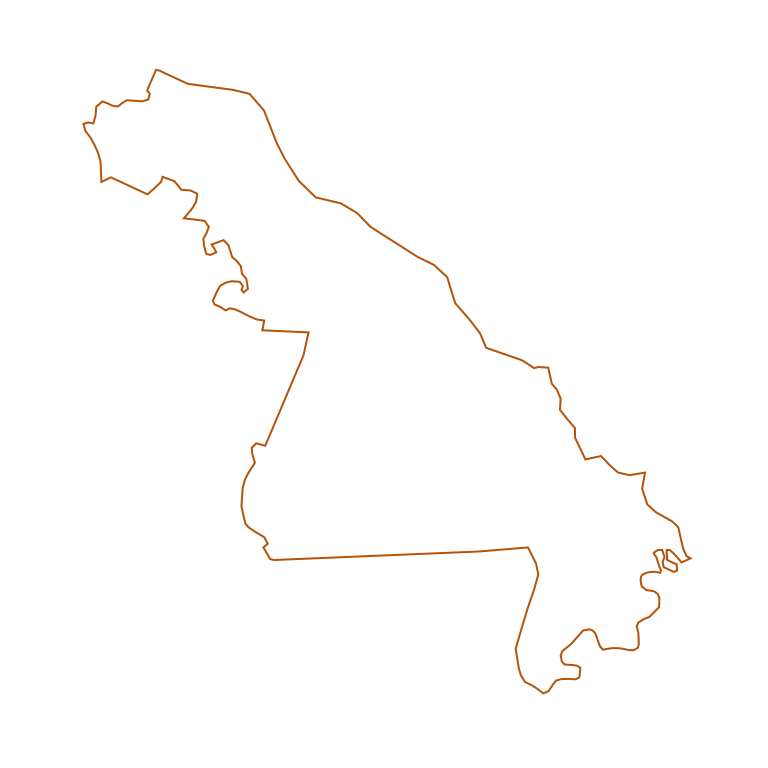 Bandar Baharu, Kedah, Malaysia (Mercator projection), rotated 274°
{"feature_id": "92858781B61544181659283", "entity_name": "Bandar Baharu", "entity_type": "district", "adm_level": 2, "iso_a3": "MYS", "parent_name": "Malaysia", "parent_adm1": "Kedah", "projection": "mercator", "projection_center": [100.601, 5.207], "detail": "fine", "context": "isolated", "style": "outline", "palette": "amber", "viewbox_px": 768, "rotation_deg": 274, "n_neighbors": 0, "source": "geoboundaries", "source_scale": "gbopen_adm2", "svg_char_len": 2999}
<svg xmlns="http://www.w3.org/2000/svg" viewBox="0 0 768 768"><g transform="rotate(274 384 384)"><path d="M681.5,134.7L662.4,127.9L660.1,127.3L657.2,130.2L651.4,129.0L649.1,123.2L649.1,107.6L646.8,104.2L642.2,99.0L642.8,93.2L644.5,89.2L646.2,83.4L640.4,77.6L631.8,77.6L623.7,75.9L624.3,70.7L622.5,66.1L615.6,68.4L609.3,74.1L601.8,78.8L595.4,82.2L586.2,85.7L565.9,88.0L571.1,97.2L556.7,134.8L562.5,140.6L570.0,147.5L575.2,148.6L571.7,160.8L563.6,168.3L563.6,177.5L560.8,184.4L552.7,183.9L545.7,180.4L535.3,172.9L534.8,184.4L534.2,193.7L528.4,198.3L522.6,196.6L516.3,193.7L509.4,194.8L501.3,197.7L500.7,201.8L503.6,207.5L506.5,205.8L511.1,202.3L516.3,213.9L511.7,219.1L500.1,223.7L495.5,229.5L491.5,233.0L483.9,234.7L479.3,239.3L469.5,241.6L465.5,237.6L467.8,235.3L471.8,236.4L475.9,233.0L475.9,228.9L475.9,224.9L474.1,219.1L470.7,213.9L464.9,211.0L455.1,207.5L451.6,209.3L449.3,215.6L446.4,220.8L448.7,224.9L448.1,230.1L445.8,236.4L441.8,245.7L439.5,252.6L438.9,260.1L429.1,258.9L430.2,305.1L407.1,301.7L314.2,269.9L314.7,266.5L315.9,260.7L311.3,256.6L306.1,257.2L296.3,260.7L285.9,254.9L278.9,252.0L270.8,250.3L261.0,250.3L252.4,250.3L242.0,253.2L235.0,255.5L231.6,258.9L227.5,265.9L222.9,275.1L216.6,279.2L212.5,275.1L201.5,282.6L200.7,286.2L223.6,490.9L231.0,539.0L215.5,548.2L204.7,551.2L190.0,548.2L170.4,543.0L149.3,538.2L129.0,533.8L121.6,535.6L110.1,538.2L103.1,540.8L96.4,545.6L93.9,552.3L90.2,558.9L89.7,559.6L86.5,564.5L89.1,569.6L95.7,573.3L100.1,576.3L102.0,581.5L102.7,588.9L102.7,595.5L104.9,599.2L107.9,599.6L114.6,599.6L116.4,596.6L116.8,592.2L116.8,587.7L116.8,583.7L119.7,580.7L125.3,579.2L129.7,580.4L137.8,588.9L152.0,599.8L153.6,606.1L152.7,609.0L150.6,611.8L146.1,613.9L137.5,617.7L134.2,620.8L135.2,624.6L136.4,629.6L136.8,635.2L136.6,640.4L135.7,646.4L135.9,651.6L138.7,655.8L142.7,656.3L147.7,655.8L153.2,655.1L160.0,653.0L163.8,654.4L167.8,659.8L170.2,665.0L180.6,674.0L190.1,673.6L193.6,671.7L196.0,668.1L196.4,664.8L196.7,660.1L200.2,655.1L205.7,653.7L209.5,653.7L211.6,654.9L213.9,658.7L215.1,663.4L215.6,667.9L214.9,672.6L217.5,673.3L221.0,671.4L224.8,669.8L229.6,668.1L234.1,664.8L235.5,666.0L237.6,669.1L237.8,673.1L231.0,675.9L225.8,674.3L220.8,675.9L218.9,680.7L216.8,686.3L218.2,689.4L224.6,688.5L225.8,684.7L228.4,678.5L231.7,678.5L235.5,677.6L238.3,677.6L238.3,680.7L235.0,684.9L231.0,689.2L226.7,693.2L231.5,701.9L233.5,697.6L240.7,693.9L252.4,690.3L261.5,687.6L266.9,681.3L275.0,664.2L282.2,655.1L297.6,648.8L313.8,650.6L310.2,635.3L312.0,623.6L318.3,615.4L327.3,605.5L322.8,590.2L343.6,578.4L353.5,577.5L361.6,569.4L370.6,561.3L381.5,561.3L390.5,556.8L395.9,551.4L411.7,546.7L411.7,536.7L410.3,532.7L417.3,520.0L427.2,483.4L441.3,476.3L454.0,465.0L469.5,449.5L483.6,443.9L494.9,439.7L506.2,425.6L513.2,408.6L531.5,374.8L540.0,359.3L552.7,345.2L561.2,328.3L565.4,302.9L580.9,284.6L602.0,269.1L616.1,260.6L648.6,245.1L664.1,229.6L666.9,212.7L668.3,190.1L669.7,167.5L673.9,156.3L681.0,137.9L681.5,134.7Z" fill="none" stroke="#b45309" stroke-width="2"/></g></svg>